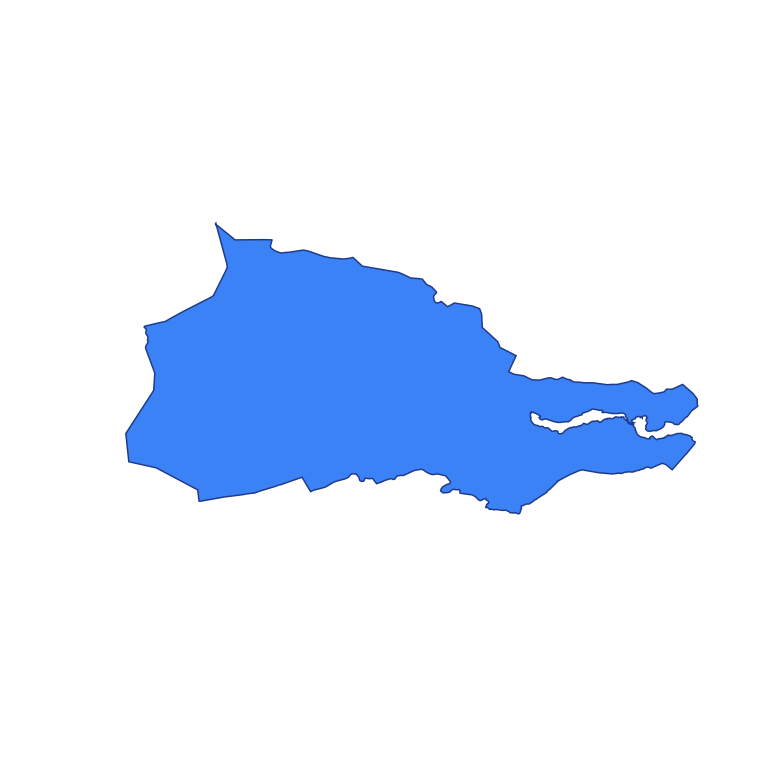 Modalen nor, Hordaland, Norway, rotated 238°
{"feature_id": "86288312B70399865031783", "entity_name": "Modalen nor", "entity_type": "district", "adm_level": 2, "iso_a3": "NOR", "parent_name": "Norway", "parent_adm1": "Hordaland", "projection": "orthographic", "projection_center": [5.762, 60.88], "detail": "fine", "context": "isolated", "style": "filled", "palette": "blue", "viewbox_px": 768, "rotation_deg": 238, "n_neighbors": 0, "source": "geoboundaries", "source_scale": "gbopen_adm2", "svg_char_len": 6171}
<svg xmlns="http://www.w3.org/2000/svg" viewBox="0 0 768 768"><g transform="rotate(238 384 384)"><path d="M175.4,617.1L176.6,616.2L177.6,616.2L181.3,613.1L182.7,611.1L183.2,611.2L184.5,610.1L186.5,606.6L187.4,603.5L187.5,601.9L187.9,601.4L188.1,600.3L188.5,600.0L188.8,598.7L190.0,598.4L190.1,595.8L189.4,594.5L190.2,593.9L189.9,592.9L190.3,592.3L190.4,590.9L191.3,589.6L191.3,589.1L192.1,588.0L192.3,585.7L196.0,584.3L196.9,584.5L197.7,583.9L198.0,582.5L197.7,581.0L197.1,580.8L196.7,580.5L196.9,580.2L198.0,578.2L200.5,576.5L202.9,573.8L206.5,572.1L210.7,572.6L213.7,573.6L216.6,573.2L217.3,574.1L219.2,571.6L221.1,570.5L224.4,570.4L227.8,569.3L228.9,569.8L229.3,569.4L229.8,567.6L230.4,567.8L230.6,566.4L233.4,563.0L233.5,559.1L235.3,557.4L235.8,555.8L236.2,555.7L236.3,555.1L236.1,554.1L236.8,554.0L236.9,552.6L237.3,552.1L237.0,551.0L237.2,549.8L236.7,548.3L237.1,547.6L237.1,546.7L237.5,546.2L239.0,546.2L240.0,545.0L240.6,543.0L241.6,541.9L242.1,540.2L242.1,537.5L241.8,535.8L242.1,534.8L244.8,532.5L244.3,528.9L245.1,527.6L245.2,526.0L245.9,524.0L247.2,521.9L247.7,519.7L248.3,519.0L248.6,516.5L248.6,513.1L247.7,510.1L247.8,508.4L248.4,507.0L249.1,506.1L250.1,505.6L251.5,506.3L252.5,505.8L253.9,504.2L253.9,503.2L255.0,501.3L259.8,499.9L261.7,496.9L263.7,496.3L264.8,494.9L264.8,494.2L265.4,493.4L267.0,492.6L269.2,490.4L270.8,489.6L274.6,489.2L276.8,489.9L277.7,491.2L277.4,490.5L278.1,490.3L278.5,491.1L281.4,492.3L281.8,492.9L281.3,493.7L282.0,494.0L282.2,494.6L277.0,498.2L274.4,499.4L273.2,499.2L273.4,498.2L273.3,497.7L271.8,497.7L270.6,498.3L269.9,499.0L269.5,500.0L269.1,501.9L268.2,503.2L262.2,508.0L259.2,511.2L257.6,513.9L257.0,515.8L256.6,516.0L256.1,517.7L254.3,520.1L254.3,522.5L254.5,523.1L254.4,523.7L255.0,525.6L255.2,527.1L254.8,528.6L254.7,529.8L254.0,531.0L254.1,532.2L253.2,534.8L253.1,535.8L253.9,536.7L253.9,538.1L253.4,539.2L253.3,540.6L252.6,542.1L252.7,542.9L252.5,543.8L252.7,544.4L252.3,545.8L252.5,546.6L252.1,547.8L249.5,550.9L248.4,551.6L245.8,555.3L244.9,555.1L244.5,554.0L243.8,554.5L242.5,557.0L238.2,561.7L235.3,566.2L233.3,570.5L231.8,572.0L229.7,572.5L228.2,571.5L226.0,572.2L225.6,572.1L225.5,571.5L225.0,571.3L221.6,571.3L220.1,572.3L218.6,574.8L218.5,575.7L220.5,574.2L222.2,574.7L221.8,576.3L221.9,577.0L221.4,578.6L222.4,580.2L222.0,581.1L221.9,582.4L220.2,583.7L220.2,584.5L219.6,584.6L219.4,584.2L219.0,584.9L218.4,585.0L219.4,585.6L219.4,587.7L217.6,589.6L216.1,589.0L215.6,589.4L215.2,587.5L213.5,586.7L211.5,587.0L211.0,586.4L209.9,583.8L207.7,582.9L207.4,582.2L206.8,582.0L204.9,582.3L203.8,583.3L202.4,585.7L201.5,588.4L200.0,590.0L200.1,590.6L199.4,594.4L199.5,597.4L200.0,599.1L200.8,600.4L202.7,601.9L202.6,602.9L200.7,605.8L198.7,607.8L197.4,608.7L195.6,609.1L195.0,610.6L194.0,611.2L193.6,612.8L194.2,614.9L194.5,617.8L195.7,621.4L195.6,623.9L198.2,630.4L198.8,637.5L199.2,638.6L200.5,638.8L205.2,641.6L212.3,641.0L225.4,637.0L226.9,625.5L229.9,620.9L228.9,617.3L230.6,612.5L232.8,607.8L234.6,606.7L241.5,604.3L250.6,600.0L255.7,595.8L256.3,592.1L260.1,581.5L263.6,575.8L264.8,573.3L274.3,561.8L278.5,555.0L281.7,551.0L285.2,545.9L288.6,544.3L291.5,541.4L295.1,539.1L295.8,533.6L297.2,531.7L300.5,529.1L301.9,527.2L304.8,518.2L309.0,511.8L316.9,506.9L323.1,499.7L328.3,496.2L338.0,511.0L353.9,501.5L354.6,502.0L359.6,502.9L379.8,497.3L391.7,503.9L397.2,505.0L403.2,500.4L415.4,486.6L415.8,478.8L423.5,476.4L423.8,475.6L423.8,473.9L424.3,472.4L425.7,470.8L428.7,470.9L431.6,472.3L432.4,472.9L433.3,475.5L433.5,476.9L434.6,477.2L441.1,475.9L445.9,472.8L452.5,472.1L455.2,469.0L459.8,462.7L466.7,458.5L471.1,455.3L495.4,428.1L507.8,424.7L509.1,421.0L511.5,415.8L519.5,405.3L524.6,400.1L536.7,390.4L539.7,387.3L540.6,386.0L546.1,373.1L547.4,370.9L549.5,366.4L551.7,364.2L555.3,361.8L558.6,360.4L559.7,360.4L561.0,360.5L565.4,365.3L566.1,364.7L570.6,357.8L585.1,334.1L608.0,326.2L609.4,326.6L609.0,325.8L605.9,325.5L570.2,314.7L566.1,313.0L564.2,310.3L550.2,287.6L549.4,286.1L549.2,284.0L551.9,252.0L552.6,240.8L553.0,231.2L554.5,227.5L559.7,212.2L559.7,211.1L559.0,210.7L557.0,211.5L555.4,210.7L553.3,208.8L549.3,208.8L548.3,208.3L546.2,206.4L545.0,206.3L544.2,205.7L542.6,202.5L541.8,201.5L540.4,200.7L514.9,195.5L500.6,185.3L478.8,138.8L453.3,126.4L433.6,146.4L393.0,169.9L382.6,165.1L381.6,166.9L372.7,189.0L365.1,205.3L363.5,209.5L360.1,216.6L358.9,222.3L354.6,238.3L354.1,241.5L353.3,243.2L348.4,265.1L331.7,264.7L331.0,269.0L328.6,276.2L327.6,280.1L327.4,288.7L327.1,291.1L324.2,300.6L323.8,304.3L324.8,307.5L324.8,308.9L324.1,310.5L323.1,311.5L322.8,312.6L318.3,313.3L315.6,312.4L314.6,312.5L313.1,313.6L312.5,315.0L312.5,315.9L313.9,317.5L313.8,318.5L311.4,321.4L310.1,324.2L303.4,324.9L302.2,329.9L301.7,333.9L300.5,338.7L299.8,340.0L297.9,341.5L297.7,342.8L299.1,346.2L297.8,349.4L296.1,352.1L294.8,362.6L294.3,364.8L292.0,370.2L290.6,371.7L286.9,373.2L282.9,375.7L281.2,377.6L279.5,381.6L274.0,387.2L272.5,387.8L265.9,388.6L264.9,387.3L264.8,386.7L265.7,383.1L265.5,381.8L265.7,379.4L264.9,377.1L263.3,375.3L260.3,376.4L258.1,380.6L257.6,382.8L258.3,386.2L258.1,386.8L255.9,389.4L254.6,391.9L254.1,392.0L251.0,390.7L243.1,400.2L239.7,401.9L235.0,403.0L233.7,404.5L233.7,407.2L233.0,408.9L233.1,409.6L231.3,409.4L229.5,410.3L227.9,409.9L227.4,409.1L227.6,408.1L227.4,407.2L225.4,404.9L224.9,406.0L221.7,407.2L221.3,407.7L221.2,408.5L219.1,410.5L218.1,412.6L213.9,417.7L212.4,420.4L209.5,422.4L208.2,422.6L205.5,426.2L205.2,427.4L203.3,428.5L202.4,429.8L202.5,430.7L205.9,434.9L207.4,435.3L207.8,435.6L207.8,436.3L206.9,437.9L207.3,438.7L206.8,440.9L205.5,443.2L205.3,444.2L205.5,448.4L206.0,450.5L205.4,451.5L205.7,452.3L205.9,464.6L206.6,466.0L206.9,468.4L206.9,469.5L207.1,469.9L208.2,474.6L209.0,478.6L209.9,479.5L209.4,480.2L209.5,481.1L208.7,493.1L207.1,503.8L206.3,506.4L195.2,518.8L186.7,530.0L184.3,535.2L183.3,537.0L182.4,537.6L181.3,542.4L180.5,543.2L180.2,544.5L178.0,547.5L177.1,549.5L177.2,550.0L176.7,551.4L176.7,552.2L175.7,554.4L175.2,557.4L174.5,558.6L174.5,561.7L174.2,563.0L174.2,563.4L171.2,565.8L169.3,578.0L166.2,580.5L158.6,582.9L164.2,601.7L164.4,603.1L168.9,616.2L170.1,617.2L171.9,616.0L174.1,615.9L175.4,617.1Z" fill="#3b82f6" stroke="#1e3a8a" stroke-width="1.5"/></g></svg>